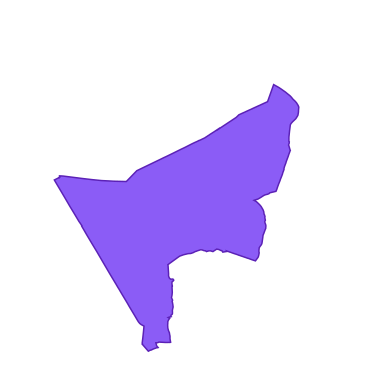 Tetepango, Hidalgo, Mexico (Equal Earth projection), rotated 229°
{"feature_id": "50627088B64259758122284", "entity_name": "Tetepango", "entity_type": "district", "adm_level": 2, "iso_a3": "MEX", "parent_name": "Mexico", "parent_adm1": "Hidalgo", "projection": "equal_earth", "projection_center": [-99.166, 20.109], "detail": "fine", "context": "isolated", "style": "filled", "palette": "violet", "viewbox_px": 384, "rotation_deg": 229, "n_neighbors": 0, "source": "geoboundaries", "source_scale": "gbopen_adm2", "svg_char_len": 4803}
<svg xmlns="http://www.w3.org/2000/svg" viewBox="0 0 384 384"><g transform="rotate(229 192 192)"><path d="M99.5,57.5L98.8,60.1L98.0,62.1L97.6,63.2L96.9,64.1L96.8,64.4L99.1,64.4L101.9,65.8L100.8,67.2L100.4,68.6L96.6,72.5L96.1,73.0L94.0,75.4L93.9,75.6L93.0,76.6L92.7,77.0L92.6,77.3L95.5,79.0L97.7,80.9L99.2,81.7L100.6,82.6L103.0,83.4L105.2,84.5L107.5,86.3L109.1,87.9L110.0,88.6L110.9,90.6L111.3,92.3L112.9,91.7L112.4,93.1L112.1,93.4L111.6,94.5L112.1,94.5L112.8,95.4L112.7,96.2L112.8,97.1L113.4,97.8L115.7,99.7L117.6,102.3L119.5,103.6L121.5,104.8L122.4,105.2L123.1,106.4L123.4,106.5L125.7,107.2L127.3,109.3L129.2,111.3L131.0,112.7L132.8,114.1L134.0,115.1L133.8,115.3L134.4,115.8L134.5,115.8L135.2,116.2L135.9,116.6L136.9,117.6L137.2,118.0L137.4,118.6L137.2,119.1L137.2,119.6L137.3,120.2L137.6,120.4L138.2,120.6L138.9,120.4L139.5,119.6L140.2,118.7L141.3,118.5L142.0,118.5L143.5,119.0L144.1,119.3L145.8,120.8L152.1,125.6L153.0,126.2L152.9,126.4L152.8,128.3L152.7,129.3L151.8,139.6L151.6,140.8L150.2,144.4L148.1,148.5L146.9,150.1L146.5,150.6L146.2,151.2L145.9,152.0L145.5,152.9L145.2,154.2L144.9,155.4L144.4,156.5L144.0,157.7L143.5,158.8L142.8,160.5L141.7,161.6L139.8,162.6L138.8,163.6L137.6,163.8L136.5,166.1L135.5,167.3L133.3,168.7L132.7,173.2L131.0,174.5L130.3,174.9L129.4,175.1L128.2,176.0L126.4,175.8L125.2,177.8L124.2,179.4L124.7,179.5L122.8,180.6L122.7,180.7L122.3,180.9L122.0,181.0L121.3,181.5L120.7,181.8L119.8,182.3L118.2,183.2L116.4,184.3L115.4,184.9L114.5,185.4L114.1,185.6L113.5,185.9L113.0,186.2L112.5,186.6L111.8,186.9L111.3,187.2L110.8,187.5L110.0,188.0L108.7,188.7L107.4,189.5L106.1,190.2L105.3,190.7L104.7,191.1L104.4,191.3L103.9,191.5L102.1,192.5L99.7,193.9L98.4,194.7L99.0,197.4L99.4,199.1L99.9,200.0L100.3,200.6L101.6,202.3L102.3,203.0L103.1,203.4L103.7,203.9L104.4,204.6L105.2,205.5L105.8,206.1L106.0,206.7L106.3,207.8L106.6,209.3L107.1,210.7L108.2,212.1L111.7,216.1L112.4,216.8L113.0,217.7L113.5,218.8L114.3,220.2L115.6,222.6L116.1,223.7L117.5,225.1L118.0,225.6L118.7,226.0L119.4,226.4L120.2,226.6L120.9,226.9L121.6,227.3L122.1,227.7L122.4,228.5L122.6,228.9L123.8,229.5L124.7,230.1L125.2,230.4L125.4,230.7L125.6,231.0L126.5,231.4L127.1,231.7L127.6,231.7L128.5,232.2L130.2,233.3L131.8,233.9L132.7,234.1L134.3,234.4L135.3,234.6L136.5,234.7L138.0,234.7L139.5,234.6L142.4,234.3L145.0,233.4L144.2,235.4L143.4,237.1L142.8,240.2L142.5,242.4L142.1,244.7L141.4,246.3L140.7,247.6L140.4,248.5L140.2,249.2L140.2,249.3L140.4,249.7L140.4,250.0L138.7,253.4L138.5,253.6L138.1,254.5L137.4,255.8L137.9,256.8L138.4,257.8L138.9,258.6L139.9,260.3L140.7,261.8L141.2,262.6L141.8,263.9L142.3,264.8L142.9,266.0L143.6,267.1L144.0,267.9L144.7,269.3L146.2,272.1L146.6,272.6L146.9,273.1L147.2,273.6L147.5,274.1L147.7,274.6L148.0,275.0L148.1,275.3L148.5,275.9L148.7,276.3L149.3,276.7L149.7,277.3L150.0,277.8L150.4,278.3L150.7,278.9L151.0,279.4L151.3,280.0L151.6,280.5L151.9,281.1L152.5,282.2L152.9,282.7L153.2,283.2L153.5,283.8L153.8,284.3L154.1,284.9L154.4,285.4L154.7,286.0L155.0,286.5L155.3,287.1L155.6,287.6L155.9,288.2L156.6,289.3L156.9,289.8L157.2,290.4L157.5,290.9L157.8,291.5L158.1,292.0L158.4,292.5L158.7,293.1L158.9,293.5L159.1,293.5L160.9,294.3L161.7,294.7L163.7,295.6L164.0,295.6L164.3,296.0L164.7,296.6L164.9,297.1L165.2,297.5L165.7,298.0L166.1,298.4L166.7,298.4L169.9,301.2L173.9,305.5L178.2,310.3L178.7,311.7L179.0,313.9L179.2,318.4L180.0,321.1L180.5,322.4L182.4,324.7L183.8,326.0L186.0,328.3L186.3,328.4L187.7,328.9L190.8,329.4L192.9,329.4L195.9,329.1L198.2,329.2L200.4,329.1L203.6,328.5L206.1,328.1L208.9,327.4L211.0,326.9L212.1,326.6L214.2,326.0L219.5,324.1L210.6,308.3L219.5,278.1L219.3,274.3L222.1,252.9L222.3,253.3L222.7,250.2L222.9,248.6L223.1,247.1L223.2,246.7L223.3,245.9L223.5,244.5L223.6,244.0L223.7,243.2L223.7,242.7L224.0,241.0L224.0,240.6L224.4,237.9L224.4,237.7L224.4,237.4L224.5,237.1L224.6,236.7L225.3,234.2L225.9,231.8L226.1,231.6L226.2,231.2L226.3,231.1L226.8,229.0L227.4,227.1L227.6,226.4L228.3,223.9L229.0,221.1L229.7,218.3L230.4,215.5L231.5,211.6L232.6,207.4L233.4,204.3L234.2,201.3L235.3,197.2L236.0,194.7L236.4,193.4L237.1,190.7L244.3,164.3L243.3,153.0L243.0,149.3L251.5,140.0L255.1,136.3L260.0,131.2L266.9,124.7L273.6,118.6L288.7,105.1L291.0,102.7L290.0,102.3L290.4,101.1L289.9,100.9L290.3,100.3L291.4,96.0L289.9,95.7L282.2,94.3L277.2,93.4L269.1,91.9L261.2,90.4L254.8,89.3L249.7,88.4L244.2,87.4L241.5,87.1L238.8,86.8L238.7,86.5L238.7,86.4L238.3,86.3L229.0,84.5L219.0,82.7L209.2,81.0L196.0,78.5L184.3,76.3L172.4,74.2L168.1,73.4L167.3,73.3L160.3,72.0L157.4,71.5L150.1,70.2L147.2,69.6L142.7,68.8L137.6,67.9L132.7,67.0L132.2,66.9L129.4,66.4L127.1,66.3L125.2,66.7L122.8,67.6L122.3,67.8L118.2,63.5L114.1,59.1L110.6,55.2L110.2,55.1L109.9,55.0L109.8,54.8L109.8,54.6L100.5,54.6L100.3,55.3L100.2,56.0L100.0,56.7L99.5,57.5Z" fill="#8b5cf6" stroke="#5b21b6" stroke-width="1.5"/></g></svg>